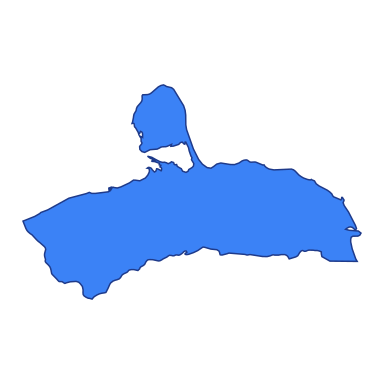 the border of Falcón
{"feature_id": "VEN-23", "entity_name": "Falcón", "entity_type": "State", "adm_level": 1, "iso_a3": "VEN", "parent_name": "Venezuela", "parent_adm1": "", "projection": "albers", "projection_center": [-69.856, 11.252], "detail": "fine", "context": "isolated", "style": "filled", "palette": "blue", "viewbox_px": 384, "rotation_deg": 0, "n_neighbors": 0, "source": "natural_earth", "source_scale": "10m", "svg_char_len": 5475}
<svg xmlns="http://www.w3.org/2000/svg" viewBox="0 0 384 384"><path d="M23.0,221.1L34.8,216.4L39.8,213.5L40.8,212.5L47.5,210.0L68.9,198.2L86.3,193.6L89.3,192.4L91.7,193.4L95.5,193.4L108.4,191.8L110.4,190.6L112.1,187.8L111.1,188.2L110.2,188.9L109.5,189.8L109.1,190.9L108.8,188.1L111.4,187.1L117.3,188.0L120.9,186.9L129.4,182.9L133.5,180.1L135.6,180.2L139.8,180.8L145.4,178.0L147.8,175.1L149.3,172.0L149.4,169.9L149.2,169.1L148.4,168.4L147.2,168.2L148.3,167.4L149.7,167.5L151.3,168.3L152.2,169.7L153.3,170.9L154.4,172.0L155.6,171.4L156.2,170.3L156.6,168.8L157.7,168.9L158.9,169.5L160.0,170.0L160.8,170.7L161.3,170.7L161.6,169.6L161.6,168.5L161.4,167.8L161.0,167.3L160.0,166.9L160.1,166.4L160.3,166.1L160.8,165.3L159.2,164.8L159.4,163.3L154.7,161.6L152.1,161.4L151.8,161.1L152.3,160.5L153.1,160.5L154.7,160.5L153.8,159.6L152.5,159.1L151.0,158.6L149.7,157.9L147.5,156.2L151.8,157.3L154.8,159.0L157.8,160.6L159.8,161.6L160.7,161.9L162.7,162.4L164.5,162.2L166.5,162.8L168.1,163.7L170.2,162.8L171.4,161.8L173.6,162.5L174.2,164.3L175.1,164.8L176.6,164.5L177.3,166.4L179.1,167.5L181.3,168.7L182.6,171.2L186.0,172.4L188.1,171.2L188.8,169.5L192.0,167.6L193.4,166.2L193.8,163.6L191.5,159.7L191.9,157.5L191.0,156.2L189.2,150.9L188.5,147.6L185.8,142.1L185.1,142.1L184.8,144.2L183.9,143.9L182.9,142.8L182.1,142.1L180.6,142.5L179.7,143.3L179.1,144.0L178.7,144.4L173.4,146.1L170.9,146.3L171.5,144.4L167.0,146.4L165.7,146.7L162.4,146.8L160.8,147.2L159.7,147.9L157.2,149.1L150.1,149.7L144.7,152.4L141.9,151.6L139.9,149.5L139.6,146.7L140.0,145.9L141.3,144.4L141.8,143.6L141.9,142.8L141.7,142.3L141.3,141.8L141.1,141.2L141.1,138.2L140.9,138.0L139.9,136.6L139.6,135.9L140.3,136.3L142.0,137.0L142.6,137.4L142.6,134.3L142.4,132.9L141.8,132.0L140.6,131.4L140.1,132.2L139.6,133.5L138.8,134.3L138.2,132.4L135.8,128.2L135.3,127.5L134.8,127.1L134.5,126.6L134.2,124.2L133.9,123.5L133.2,123.3L132.0,123.5L132.6,121.9L133.4,117.7L133.6,116.1L134.0,114.2L136.1,110.6L136.5,108.4L137.3,106.6L140.7,102.7L141.8,101.0L142.2,99.1L142.1,95.8L142.7,94.8L147.5,94.6L149.5,94.1L151.4,92.9L158.3,86.9L160.9,85.5L163.5,84.9L165.1,85.6L166.5,86.5L171.6,87.7L173.7,89.4L183.6,105.7L185.1,110.3L185.7,115.1L185.8,124.8L186.6,129.7L193.4,149.0L198.6,159.4L202.4,164.2L207.1,167.6L211.0,168.2L213.8,166.4L216.7,164.1L220.8,163.0L230.2,164.5L234.5,164.6L239.0,163.0L242.1,160.9L244.0,160.2L246.2,159.9L247.4,160.2L249.6,161.8L250.8,162.2L254.5,162.0L255.7,162.1L262.8,165.0L264.1,164.9L264.8,166.1L266.2,167.4L268.0,168.5L269.4,169.1L274.0,169.9L291.4,169.1L293.5,169.8L295.2,171.1L298.9,175.0L301.1,176.6L303.5,178.0L307.3,179.4L309.1,179.8L310.6,179.9L311.3,179.4L311.8,179.8L314.5,180.9L315.0,181.8L316.2,183.8L319.0,185.9L327.3,190.2L329.8,192.0L331.8,193.9L332.6,195.6L333.6,196.8L340.9,199.9L341.5,198.8L341.7,198.3L341.7,197.5L342.5,197.5L342.8,198.2L344.0,199.9L344.0,200.6L343.1,202.7L344.2,205.6L348.5,212.0L355.4,225.4L356.5,228.5L355.6,229.9L354.7,229.5L353.6,228.4L352.1,227.3L350.2,226.9L348.8,227.2L347.5,227.9L346.4,228.6L345.6,229.3L349.3,230.3L358.3,231.0L361.0,233.1L359.8,235.2L357.9,236.1L352.9,236.2L351.2,237.2L350.7,239.4L350.7,242.0L352.2,248.9L355.7,258.8L357.2,261.4L329.9,261.1L321.9,256.6L321.3,253.8L321.3,251.9L319.4,251.0L317.2,250.5L314.9,250.5L313.4,250.2L308.9,250.1L308.1,250.3L307.2,250.6L305.9,251.2L304.6,251.3L303.9,251.1L302.8,250.5L302.1,250.6L301.3,250.9L300.2,252.0L299.6,252.7L298.3,254.9L297.7,255.8L295.8,256.9L289.2,258.9L287.7,256.3L287.1,255.8L286.5,255.3L284.9,254.6L281.1,254.6L278.6,255.1L274.6,255.1L273.3,254.8L272.6,254.9L270.0,255.9L267.1,256.6L262.5,256.5L250.4,254.6L249.5,254.6L247.6,255.0L246.8,255.0L246.2,254.8L245.6,254.6L245.0,254.4L229.1,253.1L228.5,253.2L227.2,253.7L222.2,255.0L221.1,255.0L220.2,254.8L220.0,254.3L219.8,253.7L219.7,253.0L219.3,251.8L219.0,251.2L218.6,250.8L216.8,249.7L210.9,249.1L205.1,247.4L203.7,247.1L202.7,247.2L197.7,250.6L193.5,252.6L188.7,254.3L187.5,254.5L186.5,254.6L185.8,254.5L185.2,254.3L185.0,253.9L185.2,253.5L185.6,253.1L186.0,252.9L186.9,252.2L186.3,251.1L185.8,251.0L184.9,251.1L184.4,251.3L183.8,251.7L183.5,252.0L183.1,252.5L181.7,253.7L180.2,254.7L179.2,255.1L178.2,255.2L177.4,255.0L176.1,254.9L175.2,255.2L174.2,255.7L173.5,255.8L172.8,255.8L172.0,255.6L171.1,255.4L169.6,255.3L168.8,255.6L166.8,257.1L163.3,258.8L161.8,259.8L160.1,260.7L159.1,260.9L158.2,260.9L152.8,259.7L149.7,259.6L148.7,259.7L147.8,259.9L147.4,260.2L146.9,260.6L146.6,261.0L145.9,261.9L144.6,264.5L143.0,265.7L141.1,266.7L140.3,267.4L139.8,268.2L139.7,268.8L137.9,270.5L133.9,269.6L131.3,269.6L129.4,270.0L128.6,270.5L127.7,271.7L126.8,272.4L123.8,273.8L122.3,274.8L121.5,275.9L120.5,277.6L119.2,278.9L116.8,279.8L115.2,280.2L113.0,281.1L110.6,283.0L109.7,284.5L108.4,287.5L107.8,288.8L106.9,290.5L106.3,291.8L105.8,292.5L104.1,292.9L101.9,293.2L99.5,293.8L97.1,294.9L94.3,296.6L92.9,298.1L92.1,299.1L89.7,298.4L88.1,298.2L86.0,297.2L84.2,296.0L83.2,294.6L83.0,292.7L83.1,289.9L82.4,286.5L80.2,283.6L78.7,282.2L76.1,281.4L70.2,281.8L66.4,282.8L65.4,283.2L64.9,283.4L63.9,282.9L62.2,281.7L60.6,281.6L59.5,281.6L58.9,281.4L57.9,280.4L56.7,279.0L52.5,274.7L51.7,273.7L51.2,271.2L51.1,270.5L50.6,268.5L49.8,266.7L48.9,265.6L47.9,264.5L46.2,262.9L45.5,262.0L45.2,261.1L45.4,260.0L45.5,259.3L45.3,258.7L44.8,257.0L44.6,256.1L44.5,255.0L44.6,253.6L45.7,249.4L45.3,247.8L44.4,246.6L39.4,242.2L38.5,241.6L36.4,239.6L32.0,234.8L30.3,233.7L28.2,231.9L27.0,230.5L25.9,228.5L23.1,221.4L23.0,221.1Z" fill="#3b82f6" stroke="#1e3a8a" stroke-width="1.5"/></svg>